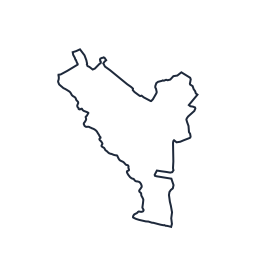 Río Bravo, Suchitepéquez, Guatemala (Mercator projection), rotated 300°
{"feature_id": "79465075B98045843880740", "entity_name": "Río Bravo", "entity_type": "district", "adm_level": 2, "iso_a3": "GTM", "parent_name": "Guatemala", "parent_adm1": "Suchitepéquez", "projection": "mercator", "projection_center": [-91.352, 14.385], "detail": "fine", "context": "isolated", "style": "outline", "palette": "slate", "viewbox_px": 256, "rotation_deg": 300, "n_neighbors": 0, "source": "geoboundaries", "source_scale": "gbopen_adm2", "svg_char_len": 4976}
<svg xmlns="http://www.w3.org/2000/svg" viewBox="0 0 256 256"><g transform="rotate(300 128 128)"><path d="M53.1,177.1L53.1,178.1L53.3,180.5L54.0,183.6L56.0,190.1L57.2,192.5L58.0,196.3L58.5,197.1L60.5,204.4L61.5,207.3L62.1,208.1L62.1,209.3L62.9,211.1L63.9,214.8L66.9,214.0L71.4,210.6L77.0,208.3L82.2,203.9L85.0,201.2L90.4,197.0L93.3,195.9L95.8,196.1L98.1,197.0L101.3,196.0L105.8,190.9L100.4,176.7L100.1,175.2L100.8,174.5L105.6,174.3L107.2,178.5L109.2,183.4L110.5,186.9L111.9,188.4L114.2,188.5L114.7,187.9L115.8,187.0L121.7,184.0L137.5,174.5L139.3,173.8L140.4,174.0L139.9,177.2L142.2,180.1L145.0,182.2L150.2,186.4L150.9,186.7L152.0,186.4L154.0,184.7L155.0,182.8L160.0,179.4L162.6,176.3L164.4,174.4L165.6,174.1L168.0,174.3L175.9,176.9L178.5,176.6L179.3,175.8L179.0,173.6L178.0,171.1L178.3,169.2L191.6,171.5L191.9,169.4L193.4,167.8L194.5,165.4L196.6,163.0L196.7,160.1L197.2,159.5L201.5,158.0L202.6,156.7L202.9,146.4L198.1,144.5L195.6,141.4L191.1,140.4L189.2,138.5L188.8,136.9L186.9,135.4L186.6,134.3L185.8,133.8L183.0,130.9L181.0,130.1L177.9,130.7L176.7,131.4L176.0,132.6L174.9,133.6L173.5,134.9L172.3,135.2L165.3,135.2L162.9,134.6L162.7,134.2L162.4,126.3L162.8,123.6L161.8,122.6L161.7,121.9L162.4,115.7L163.2,113.2L164.6,112.6L165.1,110.2L165.5,105.5L169.1,83.4L169.7,77.3L171.6,74.3L173.8,74.5L175.8,75.2L177.1,72.5L176.9,71.5L176.5,71.4L175.7,70.4L174.3,69.4L173.3,69.5L172.9,69.9L172.1,70.4L172.0,71.1L171.2,71.7L170.3,71.9L169.5,71.3L162.9,69.6L161.0,68.2L161.6,64.1L161.4,62.0L162.6,60.5L163.3,60.4L165.9,58.0L169.2,54.0L172.1,47.1L168.6,44.6L166.0,42.2L163.9,44.0L162.3,46.7L160.9,48.3L160.9,48.8L158.9,51.3L158.6,52.0L158.2,52.5L157.7,52.7L147.2,46.9L140.7,42.9L139.4,41.2L138.6,41.6L138.2,42.0L137.7,42.5L137.2,42.8L136.7,43.0L136.3,43.3L135.6,43.6L134.9,43.8L134.4,43.9L133.8,44.0L133.2,44.3L132.7,44.8L132.4,45.2L132.0,45.7L131.5,46.3L131.2,47.0L131.1,47.4L131.0,48.2L130.8,49.0L130.7,49.7L130.6,50.4L130.4,51.2L130.3,51.8L130.3,52.3L130.3,53.1L130.4,53.7L130.4,54.3L130.4,55.3L130.4,56.1L130.3,58.4L130.3,59.0L130.1,59.7L130.0,60.1L129.8,60.6L129.5,61.1L129.1,61.8L128.6,62.6L128.3,63.3L128.2,63.9L128.1,64.6L128.1,65.8L128.1,66.3L128.0,66.8L127.7,67.6L127.5,68.0L127.1,68.4L126.6,68.9L126.3,69.5L125.7,71.5L125.3,72.0L124.7,72.4L124.2,72.5L123.1,72.6L122.6,72.7L122.1,72.8L121.4,73.3L121.0,73.8L120.7,74.4L120.6,74.9L120.4,75.4L119.8,75.8L119.8,76.5L120.1,77.1L121.0,77.7L121.4,78.0L121.6,78.5L121.3,79.0L121.0,79.4L120.8,80.0L120.8,80.5L120.7,81.1L120.8,81.8L120.9,82.2L121.0,83.0L121.2,84.1L121.3,84.8L121.3,85.2L121.3,86.0L120.7,86.3L120.3,86.2L119.6,86.2L119.0,86.2L118.3,86.3L117.6,86.1L117.2,85.9L116.4,85.8L116.0,86.1L115.7,86.5L115.4,86.8L115.0,87.1L114.6,87.4L114.1,87.5L113.6,87.6L112.0,87.6L111.2,87.5L110.6,87.4L110.0,87.4L109.3,87.7L109.0,88.2L108.4,88.9L108.1,89.4L108.0,90.4L108.0,90.9L108.4,91.8L109.0,92.6L109.3,93.1L109.5,93.9L109.5,94.8L109.6,95.3L109.7,96.3L109.7,97.0L109.9,97.7L109.9,98.2L110.0,98.7L110.0,99.9L109.9,101.0L109.8,101.4L109.6,102.2L109.3,103.0L109.0,103.5L108.7,104.0L108.4,104.6L108.0,105.3L107.7,106.0L107.4,106.5L107.0,107.0L106.7,107.5L106.5,108.1L106.3,108.7L105.8,109.1L105.1,108.8L104.4,108.7L103.9,108.9L103.6,109.3L103.3,109.9L103.2,110.5L103.1,111.0L102.8,111.8L102.5,112.4L102.3,112.8L101.9,113.4L101.6,113.7L101.1,113.8L99.9,113.8L99.2,114.0L98.9,114.6L98.8,115.3L98.8,116.0L98.8,116.6L98.8,117.2L98.5,117.9L98.2,118.4L97.9,118.9L97.5,119.5L97.4,120.3L97.4,120.9L97.3,121.5L97.1,122.1L96.9,123.0L96.8,123.5L96.7,124.2L96.8,124.8L96.9,125.5L97.0,126.0L97.3,126.6L97.4,127.5L97.5,128.4L97.6,128.9L97.7,129.5L98.1,130.7L98.3,131.3L98.6,131.8L98.7,132.4L98.3,133.0L97.8,133.7L97.1,134.7L96.6,135.5L96.3,136.2L96.0,136.9L96.0,137.4L96.0,138.1L96.0,138.6L96.1,139.1L96.1,139.6L96.2,140.4L96.2,140.8L96.1,141.6L95.8,142.5L95.6,143.1L95.4,143.8L95.2,144.5L95.2,145.0L95.5,145.8L95.6,146.2L95.6,146.8L95.3,147.3L94.8,147.8L94.1,148.0L93.6,148.4L93.3,148.7L92.9,149.2L92.5,149.6L91.9,149.9L91.5,149.8L91.0,149.4L90.5,149.0L90.1,148.8L89.4,149.0L88.8,149.6L88.6,150.0L88.1,150.7L87.7,151.4L87.3,152.3L87.0,153.1L86.7,153.8L86.5,154.3L86.4,155.0L86.3,155.5L86.3,156.0L86.3,156.6L86.3,157.1L86.5,157.6L86.7,158.2L86.6,158.7L86.4,159.2L86.0,159.9L85.9,160.4L85.8,161.0L85.9,161.6L86.0,162.0L86.4,162.8L86.6,163.5L86.8,164.2L86.9,165.0L86.7,165.9L86.4,166.3L86.2,166.9L85.9,167.4L85.5,167.9L84.9,168.6L84.2,169.1L83.7,169.3L82.0,169.2L81.2,169.1L80.7,169.0L80.2,169.0L79.4,169.0L78.9,169.3L78.5,169.9L78.3,170.9L78.2,171.6L77.8,172.2L77.3,172.5L76.7,172.9L76.2,173.3L75.8,173.9L75.5,174.3L75.3,174.8L75.0,175.3L74.7,175.7L74.3,176.2L74.0,176.7L73.6,177.1L72.8,177.5L70.3,178.6L67.3,179.8L66.5,180.1L66.1,180.5L65.7,181.0L65.4,181.6L65.0,182.3L64.6,182.6L64.0,182.7L63.4,182.7L62.8,182.3L62.5,182.0L62.0,181.4L61.7,180.7L61.4,180.0L61.3,179.6L61.1,179.1L60.3,178.6L59.5,178.5L58.5,178.1L57.7,177.5L56.9,177.0L56.5,176.7L55.5,176.5L54.7,176.5L54.0,176.6L53.6,176.8L53.1,177.1Z" fill="none" stroke="#1e293b" stroke-width="2"/></g></svg>